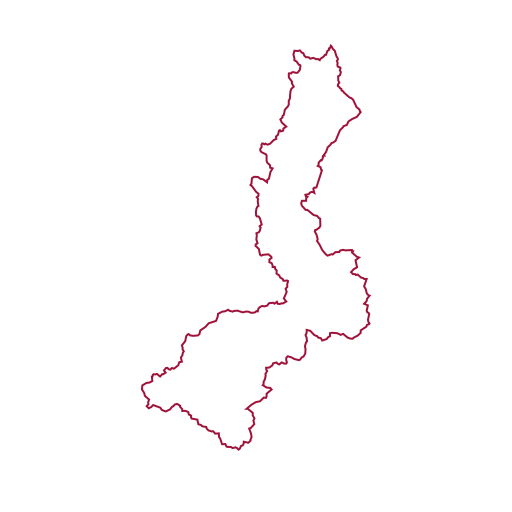 outline of Huancayo, Junín, Peru, rotated 151°
{"feature_id": "86281439B94179749418482", "entity_name": "Huancayo", "entity_type": "district", "adm_level": 2, "iso_a3": "PER", "parent_name": "Peru", "parent_adm1": "Junín", "projection": "orthographic", "projection_center": [-75.119, -12.172], "detail": "fine", "context": "isolated", "style": "outline", "palette": "rose", "viewbox_px": 512, "rotation_deg": 151, "n_neighbors": 0, "source": "geoboundaries", "source_scale": "gbopen_adm2", "svg_char_len": 6118}
<svg xmlns="http://www.w3.org/2000/svg" viewBox="0 0 512 512"><g transform="rotate(151 256 256)"><path d="M94.7,331.1L95.0,331.8L94.5,334.0L95.9,337.5L95.3,345.5L96.1,347.9L97.3,349.2L99.8,356.1L99.9,357.6L100.9,359.3L100.3,360.8L101.2,362.1L101.1,363.1L102.0,365.0L101.0,366.4L99.1,367.2L99.0,369.4L97.1,373.3L94.9,373.4L92.6,375.7L92.6,377.8L91.0,379.3L91.0,380.1L92.7,382.0L92.1,383.9L90.9,385.5L90.7,387.4L89.1,388.2L88.7,389.1L88.8,391.6L87.6,397.5L88.3,399.4L88.4,403.3L88.6,403.7L90.2,402.1L91.6,402.2L91.9,400.9L94.2,400.7L97.2,398.0L98.2,398.5L100.2,397.6L104.2,397.2L105.3,396.4L106.5,398.4L107.9,398.9L109.8,401.5L112.9,402.3L113.6,404.2L115.9,405.7L116.6,407.6L116.3,410.5L117.4,411.8L117.9,414.5L120.0,415.0L122.9,416.9L125.6,414.1L126.6,410.1L127.6,408.6L126.2,406.4L125.8,402.6L124.8,401.5L125.1,400.5L127.5,397.5L130.7,396.2L132.1,396.7L134.3,398.8L135.6,399.2L136.7,398.6L138.5,399.8L139.0,399.5L140.7,396.2L140.0,390.8L140.9,389.7L140.9,385.8L144.0,385.1L146.2,383.1L150.1,377.2L152.1,375.9L153.9,372.6L155.3,371.5L159.9,369.9L163.2,366.0L164.9,365.6L165.6,364.4L168.5,363.6L168.7,360.2L166.8,354.5L170.2,354.2L171.5,352.5L173.8,352.9L174.1,354.5L175.2,354.4L177.9,351.4L180.6,350.8L181.4,348.6L184.4,348.8L189.2,347.4L192.0,347.8L193.3,349.7L194.5,349.6L195.3,351.0L196.1,351.4L197.4,350.5L198.1,348.7L200.4,347.5L201.1,346.1L200.9,344.3L197.9,339.9L198.0,338.8L200.6,334.1L200.9,332.0L199.7,328.6L200.8,326.4L199.0,324.6L202.7,322.4L206.9,317.7L207.7,317.2L209.1,317.2L210.6,315.1L212.6,319.6L214.6,321.2L216.0,324.2L219.3,326.2L221.8,326.0L225.0,321.4L226.4,320.8L225.6,318.8L224.8,312.1L223.6,309.2L224.9,307.3L226.8,307.1L226.5,305.1L228.0,302.9L229.6,298.6L230.9,298.5L232.7,297.2L234.7,294.6L236.2,291.5L236.1,290.3L234.6,289.3L234.3,287.0L235.8,280.7L238.4,280.3L238.2,278.6L240.4,276.2L242.2,275.4L244.6,275.7L245.3,273.6L247.7,270.3L248.5,266.4L250.6,266.3L251.5,265.1L250.1,260.8L251.8,255.3L251.6,254.4L251.1,253.7L249.2,253.6L244.3,251.4L243.0,248.0L243.4,246.7L245.9,246.5L247.3,244.1L245.8,242.2L246.0,239.8L246.8,238.3L244.8,237.3L245.5,235.1L244.9,233.4L246.6,230.6L245.1,227.8L245.3,225.5L243.8,222.9L244.0,221.0L240.6,219.4L240.1,218.5L242.3,216.3L243.7,213.7L245.9,213.1L246.6,209.7L252.2,205.4L251.6,201.5L255.6,201.5L256.8,202.3L258.4,202.4L260.2,203.7L259.9,205.8L262.9,205.3L263.5,206.7L267.4,208.4L270.4,207.2L273.2,207.9L274.6,209.2L276.8,209.5L279.3,208.9L281.3,206.7L282.4,207.6L283.9,207.2L285.4,207.5L288.1,208.9L289.2,210.6L291.3,212.1L295.0,213.2L298.6,217.1L302.1,218.7L303.3,218.6L305.9,221.1L306.4,222.5L309.7,222.6L312.5,223.7L317.3,223.8L318.9,221.5L322.4,218.6L330.0,220.1L334.4,218.5L340.8,217.9L343.4,215.1L345.3,214.7L349.6,216.6L352.2,218.6L352.8,220.4L353.8,220.5L355.9,219.7L359.2,215.8L364.1,213.8L364.7,211.1L365.5,209.9L365.4,207.6L367.0,206.7L368.7,204.7L370.9,203.6L372.1,199.5L374.6,200.3L377.0,198.1L382.4,197.2L383.8,198.8L385.9,198.1L387.3,199.3L387.7,201.1L389.0,201.7L392.0,200.5L391.6,197.8L394.6,197.6L395.3,198.1L398.3,197.1L399.8,200.9L401.5,201.2L402.8,202.2L403.8,202.1L404.8,200.9L405.5,201.0L407.3,196.9L410.4,196.9L413.3,198.1L418.2,197.9L420.4,194.6L420.2,190.2L421.0,187.6L419.1,182.3L421.2,180.4L422.0,178.5L424.4,177.7L423.6,174.8L420.7,174.7L418.2,175.5L413.2,169.7L413.0,167.0L410.3,163.8L405.5,163.5L402.7,164.8L400.9,164.7L399.2,165.5L396.7,164.9L395.0,161.8L395.5,161.0L394.8,157.8L395.6,156.2L392.8,154.8L390.9,152.4L391.6,149.9L390.1,147.9L391.1,146.3L391.1,145.0L386.6,141.3L388.0,136.8L386.0,134.9L385.6,133.1L382.4,130.6L382.8,128.7L382.1,126.5L379.9,124.1L378.5,123.6L377.8,120.4L374.5,118.9L376.1,115.6L375.8,114.0L376.9,107.8L374.0,106.4L374.2,103.6L373.7,103.0L370.6,101.2L369.5,99.3L366.7,98.6L365.8,97.4L365.1,95.1L363.5,95.4L361.2,97.1L359.4,96.8L357.6,98.0L356.7,99.5L353.3,96.4L350.3,97.1L349.9,98.0L347.7,99.7L346.5,102.9L345.6,108.4L344.0,108.1L339.0,109.8L338.1,113.3L336.1,114.7L336.1,118.2L334.9,120.4L337.2,126.2L338.3,126.9L332.4,128.1L327.0,128.3L323.0,127.0L317.8,128.4L316.2,127.1L314.7,128.2L313.5,130.4L307.1,131.7L307.5,133.7L310.6,135.9L312.6,139.7L311.8,139.8L310.4,142.2L307.8,144.0L305.6,146.6L304.9,148.3L302.0,150.0L302.1,151.7L301.3,153.4L298.6,152.0L294.7,152.4L293.2,153.8L290.9,153.3L289.7,152.9L289.4,151.5L288.3,149.9L285.2,150.5L283.3,148.1L281.7,147.2L280.5,148.1L280.0,150.5L278.8,152.3L276.8,152.9L274.1,150.1L272.4,147.3L268.9,144.1L267.7,144.0L265.2,145.1L263.1,145.1L260.3,146.7L258.0,150.2L256.8,153.5L254.1,156.2L252.8,156.6L251.3,160.1L251.0,162.8L249.0,164.2L247.5,166.8L244.8,164.2L243.3,158.5L241.3,156.1L241.2,154.6L239.1,152.6L239.1,150.0L234.5,149.1L232.5,150.0L230.2,150.0L228.7,152.6L226.9,152.1L222.4,149.1L220.2,146.0L217.5,145.6L215.5,140.3L213.6,138.1L211.6,136.8L210.4,137.2L205.5,137.1L201.8,138.0L200.4,140.2L193.8,140.7L192.4,141.9L190.2,141.6L189.5,141.9L189.6,144.2L188.9,146.0L185.1,150.4L185.1,151.6L185.9,152.9L185.8,154.4L182.1,158.6L184.6,161.8L181.2,162.9L179.5,164.8L175.9,166.3L176.7,167.3L177.3,169.5L176.1,173.5L176.1,177.1L170.4,182.2L172.5,183.4L173.0,184.8L174.5,186.1L176.1,190.5L177.9,191.0L178.2,192.2L179.9,193.0L180.7,195.8L176.9,197.1L173.1,197.1L171.0,204.1L166.6,204.7L168.3,206.7L170.3,212.4L168.8,213.1L169.8,214.1L169.3,214.8L175.0,217.5L176.9,219.2L179.8,220.0L181.3,219.1L184.7,220.9L188.2,220.1L189.1,221.0L193.2,221.6L194.2,223.9L195.2,229.3L194.9,234.6L195.3,239.6L194.1,240.5L193.4,242.4L192.7,245.6L192.7,248.9L191.6,250.0L191.1,249.6L186.9,250.1L185.1,251.1L181.8,257.5L182.6,258.7L183.2,261.6L185.7,263.8L188.7,271.4L190.2,272.2L191.5,277.8L190.9,280.2L189.1,282.0L185.4,280.0L184.1,282.2L182.4,282.8L183.5,284.0L183.1,285.6L179.9,284.5L178.3,285.3L176.7,285.2L175.1,284.2L174.4,283.0L173.3,287.0L171.9,287.6L171.0,286.9L169.9,286.7L156.8,299.0L157.2,300.0L156.5,302.4L158.3,304.8L157.2,305.2L155.9,307.3L152.8,308.4L152.3,307.8L150.8,308.6L149.2,310.7L148.9,310.4L147.8,311.3L147.4,310.8L147.1,311.7L144.3,313.0L140.6,316.3L136.9,317.2L135.2,318.2L133.4,317.8L130.5,318.2L121.7,325.2L117.3,326.5L116.6,327.1L113.0,326.6L110.0,328.8L105.5,329.2L100.4,328.8L94.7,331.1Z" fill="none" stroke="#9f1239" stroke-width="2"/></g></svg>